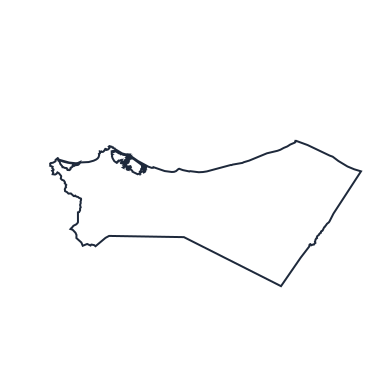 the district of Sveitarfélagið Hornafjörðu, Austurland, Iceland, rotated 209°
{"feature_id": "244011B97448762640394", "entity_name": "Sveitarfélagið Hornafjörðu", "entity_type": "district", "adm_level": 2, "iso_a3": "ISL", "parent_name": "Iceland", "parent_adm1": "Austurland", "projection": "albers", "projection_center": [-15.406, 64.234], "detail": "fine", "context": "isolated", "style": "outline", "palette": "slate", "viewbox_px": 384, "rotation_deg": 209, "n_neighbors": 0, "source": "geoboundaries", "source_scale": "gbopen_adm2", "svg_char_len": 6034}
<svg xmlns="http://www.w3.org/2000/svg" viewBox="0 0 384 384"><g transform="rotate(209 192 192)"><path d="M68.5,152.8L65.1,187.4L63.0,201.4L63.6,202.4L63.6,203.2L63.1,203.8L61.8,203.3L60.6,204.8L60.0,205.0L60.0,205.4L59.8,205.8L59.8,206.5L59.4,207.3L60.4,208.2L60.3,208.5L60.8,209.9L60.9,210.9L60.3,212.3L60.9,212.8L61.0,214.3L60.2,216.0L60.4,216.8L60.0,217.6L60.0,218.3L59.5,218.8L60.0,220.0L59.4,220.9L59.5,221.1L59.1,221.7L59.3,225.2L58.9,225.9L59.0,226.4L58.8,227.0L58.5,229.7L57.6,231.8L57.5,233.2L57.8,241.7L54.2,292.0L61.2,290.5L68.4,289.7L79.1,290.1L86.1,291.1L89.2,290.6L113.7,289.1L125.8,287.2L126.0,286.6L126.3,286.6L126.2,286.0L125.8,285.9L126.0,285.1L129.1,281.1L130.7,278.1L133.1,275.1L135.2,271.8L137.2,269.5L145.2,262.2L157.2,247.2L161.2,243.1L162.0,241.9L169.7,235.7L170.5,234.7L171.1,234.5L189.0,217.2L192.1,214.8L195.6,212.6L203.8,209.3L204.2,208.7L210.7,206.7L214.5,206.1L215.0,205.5L216.1,202.5L217.5,200.9L219.4,199.7L226.0,197.1L237.8,195.0L237.7,194.4L238.9,193.6L242.3,193.0L254.4,192.9L263.3,193.8L264.5,194.4L264.5,194.7L265.3,194.3L264.3,194.2L262.9,193.1L262.3,192.1L261.4,191.7L260.8,192.3L259.4,192.6L250.7,191.5L250.2,191.8L249.8,191.7L250.1,191.6L250.0,191.4L248.7,191.0L248.3,190.4L247.5,191.2L247.9,191.8L246.7,191.8L246.6,191.2L246.3,191.1L245.3,191.4L245.2,191.6L245.2,192.0L244.3,192.1L242.9,187.2L243.7,186.4L243.4,186.1L243.6,185.8L244.7,186.9L245.1,186.0L245.9,185.7L245.6,185.6L245.7,185.2L246.2,184.7L246.4,185.4L246.9,185.7L246.6,184.9L247.1,184.5L246.5,184.2L246.7,183.2L246.1,182.8L246.2,182.7L246.2,182.4L247.0,182.8L248.1,181.2L253.9,180.9L254.6,181.7L256.9,182.0L257.5,183.1L257.4,184.1L258.0,184.4L258.8,184.1L259.3,183.6L259.4,183.0L258.1,180.6L259.0,180.4L259.8,181.2L259.7,181.8L260.0,181.9L260.2,181.5L260.0,180.3L260.3,180.4L260.5,180.8L260.6,181.7L260.0,182.8L260.1,183.2L260.0,183.5L261.0,182.7L261.2,183.1L261.7,183.0L261.6,182.5L261.7,182.2L262.6,181.8L263.9,180.3L263.7,180.0L264.2,180.0L263.2,181.5L263.6,181.6L263.0,181.9L262.4,182.7L263.1,183.3L263.6,183.3L263.0,183.7L263.2,184.0L263.7,184.1L262.9,184.7L263.1,185.5L262.5,186.1L263.3,186.4L262.0,187.1L262.0,187.4L262.3,187.3L262.6,187.7L262.2,188.1L262.6,188.8L262.4,190.0L263.1,190.0L262.9,191.0L263.1,191.1L262.8,191.4L262.9,191.5L262.8,192.0L264.7,190.6L263.4,190.3L263.8,189.9L264.7,190.3L264.8,190.0L264.6,189.8L264.7,189.4L264.7,188.8L264.3,189.1L263.6,188.7L263.9,188.4L263.7,188.1L264.0,187.8L264.3,188.0L264.5,187.6L264.9,188.0L264.6,188.5L264.9,188.6L265.5,187.9L265.1,187.5L265.2,187.3L265.7,187.1L265.9,187.6L266.3,187.1L266.0,186.8L266.1,186.5L266.0,186.2L265.3,185.7L265.4,185.1L263.9,184.6L264.4,183.9L265.3,183.2L265.4,183.4L265.3,183.6L265.9,183.7L266.1,183.9L266.1,184.2L266.4,184.3L267.2,183.1L267.8,182.9L267.8,183.3L267.4,183.6L267.1,184.5L267.9,184.1L267.8,184.4L268.0,184.7L267.8,184.9L268.6,184.9L268.7,185.4L268.9,185.0L269.5,184.9L269.7,184.1L269.8,184.9L269.5,185.4L269.6,185.5L270.5,184.3L271.0,184.1L271.2,183.6L271.5,183.7L271.6,183.4L271.3,183.1L271.8,182.4L271.5,182.5L271.7,182.1L271.6,181.6L271.9,181.0L274.9,181.3L277.8,183.0L279.3,184.4L279.3,184.9L280.2,185.8L280.3,186.2L280.2,186.3L280.6,186.3L282.0,188.7L281.5,189.1L280.9,189.0L281.0,189.6L280.5,189.9L280.3,189.3L279.8,189.1L279.2,189.8L279.7,190.3L279.5,190.7L274.7,190.4L273.4,190.8L272.8,190.5L272.6,190.9L270.0,191.2L267.9,192.1L266.2,192.1L264.8,193.1L264.5,193.5L265.9,192.9L266.8,193.1L267.0,193.5L267.8,192.9L271.8,191.9L280.1,192.2L280.7,192.6L282.0,192.2L282.8,192.7L283.2,192.3L284.0,192.6L284.2,192.3L284.0,192.1L284.8,192.5L286.5,192.1L286.8,191.3L285.7,190.9L285.5,190.4L285.7,189.5L286.1,188.4L287.4,187.2L288.3,187.2L288.4,187.3L288.3,187.8L288.7,187.7L288.8,187.2L288.7,185.8L288.9,185.5L288.9,184.9L289.3,184.0L290.3,183.3L290.8,183.5L291.0,183.1L292.3,182.8L291.3,181.2L292.0,180.0L292.2,179.5L291.8,179.9L291.1,179.4L290.6,177.2L290.8,175.6L291.6,173.9L293.2,171.7L296.9,168.1L304.0,163.7L304.4,163.2L304.2,162.7L305.2,161.9L305.1,161.3L304.5,161.1L304.6,160.8L305.2,160.7L305.4,160.0L307.1,158.8L307.8,157.6L309.2,157.7L309.2,156.9L308.8,156.2L309.1,155.4L309.7,154.8L309.6,154.3L309.9,154.0L309.8,153.6L309.4,153.3L309.7,151.8L311.5,150.9L311.8,151.0L312.2,151.7L313.0,151.7L313.3,152.1L315.3,151.3L316.6,151.4L317.3,150.9L318.2,151.7L320.6,152.6L322.6,154.4L324.2,154.7L324.9,155.4L319.6,156.1L314.7,157.4L309.6,159.3L306.1,161.1L304.8,163.0L304.8,163.5L305.9,162.0L307.6,160.8L313.8,158.2L323.1,156.0L325.2,155.8L325.5,156.5L325.9,156.5L326.8,154.2L326.6,154.1L326.6,153.2L326.3,152.8L326.4,152.4L327.8,150.2L329.7,148.7L329.8,147.9L328.7,146.6L328.7,146.2L326.1,146.5L325.8,145.2L324.0,144.5L323.8,144.1L323.9,143.6L324.6,142.8L322.9,141.9L322.5,140.0L320.2,140.9L319.3,142.3L319.2,143.9L317.5,143.9L314.3,142.6L313.9,142.1L313.3,140.1L311.6,139.6L309.7,139.9L307.8,138.9L307.6,138.0L305.4,137.2L305.5,136.6L305.2,135.8L304.5,135.2L304.7,133.9L304.6,132.8L303.4,131.2L301.3,131.3L299.3,130.7L297.2,132.0L293.5,131.1L292.7,131.5L292.4,132.2L290.9,131.9L289.3,132.4L288.1,132.1L285.9,132.4L285.5,132.0L285.4,131.3L285.0,130.7L284.8,129.4L284.0,128.5L283.6,126.4L281.9,124.6L282.0,123.5L281.0,121.7L281.0,119.7L281.9,118.9L277.1,110.3L277.1,109.1L277.6,107.5L279.3,105.0L279.7,102.8L280.0,102.0L280.3,100.7L278.1,101.1L274.2,99.9L272.2,98.4L270.8,95.7L264.3,94.2L261.5,92.0L258.5,95.7L254.8,96.0L254.7,97.0L254.4,97.3L251.8,98.1L250.1,97.8L245.4,110.0L243.2,113.4L177.2,148.6L68.5,152.8ZM246.8,190.7L247.5,190.4L247.7,189.5L247.4,188.8L246.6,189.3L246.0,190.3L246.8,190.7ZM246.2,189.0L247.0,188.7L247.3,188.2L246.8,187.8L246.0,188.3L246.2,189.0ZM245.2,190.5L245.5,190.1L245.4,189.5L244.8,189.1L244.3,189.3L244.4,189.7L245.2,190.5ZM265.1,192.2L263.7,191.8L263.8,192.2L263.5,192.3L264.1,192.8L265.1,192.2ZM266.3,190.0L265.4,189.4L265.4,189.8L265.1,189.9L265.3,190.1L265.0,190.3L265.6,190.3L265.1,190.8L265.3,191.0L266.3,190.4L266.3,190.0ZM245.2,188.8L245.3,188.2L245.2,188.0L244.2,188.8L245.2,188.8ZM245.7,190.9L244.7,190.8L244.4,191.4L245.7,190.9Z" fill="none" stroke="#1e293b" stroke-width="2"/></g></svg>